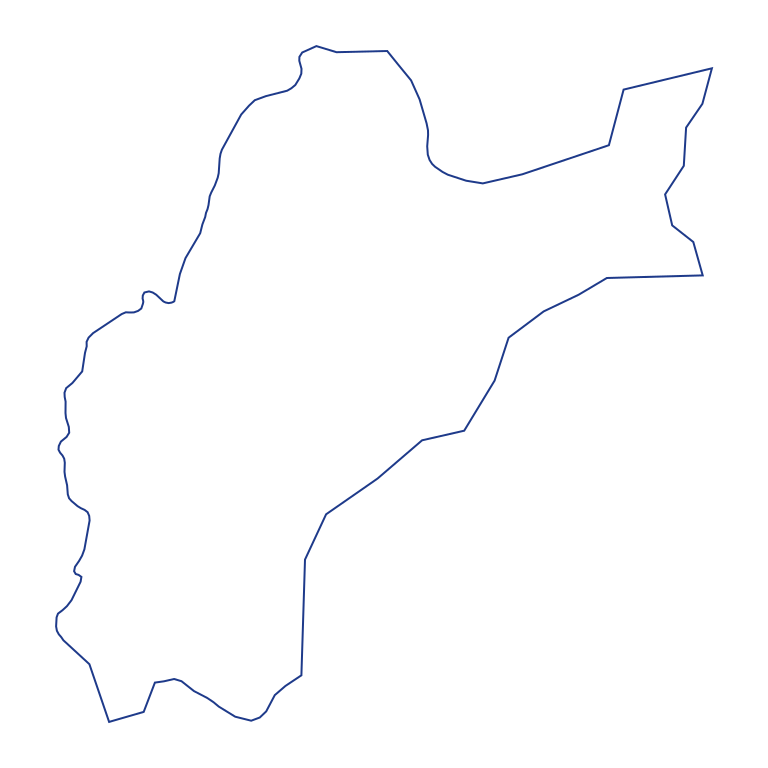 an SVG outline of Pita
{"feature_id": "GIN-5656", "entity_name": "Pita", "entity_type": "Prefecture", "adm_level": 1, "iso_a3": "GIN", "parent_name": "Guinea", "parent_adm1": "", "projection": "orthographic", "projection_center": [-12.737, 10.896], "detail": "fine", "context": "isolated", "style": "outline", "palette": "blue", "viewbox_px": 768, "rotation_deg": 0, "n_neighbors": 0, "source": "natural_earth", "source_scale": "10m", "svg_char_len": 2010}
<svg xmlns="http://www.w3.org/2000/svg" viewBox="0 0 768 768"><path d="M608.9,145.2L623.6,89.6L711.9,68.3L702.4,103.8L686.1,127.6L683.8,165.8L665.1,194.4L672.2,225.4L693.3,242.0L702.7,275.4L606.8,278.0L578.7,294.7L543.7,311.4L508.6,337.7L494.6,380.6L464.2,430.7L422.1,440.3L377.6,478.5L326.1,514.3L305.0,559.6L301.4,675.3L285.5,685.9L274.8,695.1L266.2,711.4L259.8,717.5L251.2,720.7L235.2,716.7L218.8,706.6L213.5,702.2L207.1,697.9L194.0,691.1L181.5,681.2L174.1,679.0L164.0,681.3L154.9,682.6L143.7,711.9L109.1,721.9L89.4,664.2L63.4,640.3L61.3,637.2L58.8,634.3L56.9,630.8L56.1,626.4L56.6,617.3L58.0,613.6L62.4,610.3L66.9,606.2L71.5,600.2L80.6,581.7L81.4,576.9L78.6,574.9L75.7,574.0L74.1,571.2L75.0,566.8L79.1,560.9L82.1,555.6L84.4,549.3L89.6,520.5L89.2,515.9L87.6,512.2L84.6,509.9L80.9,508.2L77.5,506.1L71.6,501.1L69.1,498.3L67.8,494.4L67.1,485.3L65.1,476.5L64.5,471.8L64.8,462.7L64.2,458.7L62.5,455.5L60.1,452.7L58.5,449.7L58.8,446.0L60.9,441.6L66.6,436.9L69.2,432.7L68.8,426.9L66.0,418.0L65.5,413.1L65.6,401.6L64.7,397.0L64.5,392.7L66.2,388.1L72.4,383.0L82.2,371.4L85.0,352.9L86.7,346.3L86.6,341.8L88.6,337.6L93.1,333.1L121.6,314.1L125.8,312.3L129.7,312.5L133.9,312.4L138.1,310.9L141.3,308.5L142.9,303.8L143.3,301.9L143.1,300.4L142.6,298.6L142.8,295.5L144.4,292.5L149.0,291.4L152.7,292.5L156.2,294.7L163.1,301.2L163.9,301.7L165.6,302.5L168.6,303.1L171.6,302.6L173.5,301.8L174.3,301.2L179.9,274.0L185.5,258.1L200.2,233.2L202.4,224.4L205.2,217.0L206.0,212.9L207.5,209.2L208.5,205.1L209.7,196.3L211.2,192.6L214.8,185.5L217.7,177.7L218.7,173.2L219.7,158.4L220.5,153.8L221.9,149.7L241.2,114.5L249.0,105.7L254.8,100.2L266.0,96.1L287.2,90.7L291.3,88.3L295.3,85.0L299.3,78.5L301.3,73.7L301.5,68.8L299.3,60.8L299.4,56.9L302.2,52.5L316.4,46.1L336.5,52.2L387.2,51.0L397.6,63.9L411.1,80.4L419.6,99.4L426.6,123.4L428.0,130.4L428.1,135.0L427.2,146.3L427.8,154.7L429.6,160.0L432.1,163.9L435.1,166.8L442.5,171.9L447.8,174.7L466.1,180.7L482.8,183.4L522.3,174.3L608.9,145.2Z" fill="none" stroke="#1e3a8a" stroke-width="2"/></svg>